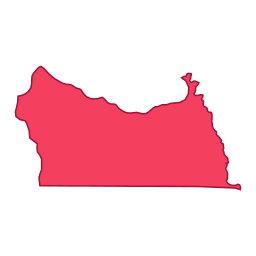 an SVG outline of Kolda
{"feature_id": "SEN-774", "entity_name": "Kolda", "entity_type": "Region", "adm_level": 1, "iso_a3": "SEN", "parent_name": "Senegal", "parent_adm1": "", "projection": "natural_earth1", "projection_center": [-14.005, 13.12], "detail": "fine", "context": "isolated", "style": "filled", "palette": "rose", "viewbox_px": 256, "rotation_deg": 0, "n_neighbors": 0, "source": "natural_earth", "source_scale": "10m", "svg_char_len": 3076}
<svg xmlns="http://www.w3.org/2000/svg" viewBox="0 0 256 256"><path d="M240.3,189.6L235.2,188.0L198.9,186.5L159.2,186.3L130.0,186.2L119.4,186.1L79.6,185.9L70.6,185.9L39.9,185.7L39.0,177.7L40.0,173.9L41.6,169.6L41.6,163.5L41.6,158.9L39.7,155.0L37.4,151.9L37.0,147.3L37.4,143.9L33.4,140.8L29.8,138.1L29.5,135.0L29.2,130.8L26.9,123.9L25.2,120.8L20.0,119.6L16.0,116.5L15.4,111.9L16.7,106.9L17.7,101.9L18.0,96.2L21.6,95.4L25.3,93.9L28.5,91.4L30.8,88.0L31.5,84.4L32.0,76.3L33.5,73.3L36.1,70.3L38.4,67.6L41.0,66.4L44.1,68.7L49.1,74.1L54.6,78.7L62.0,83.0L65.8,84.2L70.1,84.6L71.8,85.1L75.5,87.7L77.6,88.5L79.9,89.0L81.1,89.9L83.3,93.5L86.5,96.7L90.2,98.5L94.3,99.0L98.4,98.5L102.1,97.4L103.4,98.0L106.6,101.4L107.6,102.5L109.1,103.4L110.7,104.0L114.2,104.1L115.7,104.6L117.0,106.1L117.8,107.4L118.9,108.5L120.1,109.4L124.2,111.9L127.1,112.8L130.1,113.1L136.5,112.4L142.6,113.8L145.8,113.6L148.3,112.2L153.7,107.6L155.4,106.7L157.3,106.8L162.1,104.8L166.6,104.7L171.1,103.3L179.6,102.5L185.2,99.7L188.3,94.1L188.8,87.4L186.1,81.2L185.0,80.2L182.4,78.5L181.6,77.7L183.1,76.9L184.1,76.4L185.4,76.3L186.0,76.2L186.4,75.7L186.6,75.1L186.8,74.4L187.1,73.9L187.6,73.5L188.1,73.4L189.3,73.5L190.5,73.5L191.1,73.7L191.4,74.2L191.3,75.0L190.8,76.3L190.8,77.6L190.8,78.0L190.7,78.2L190.3,78.9L190.0,79.4L189.7,80.0L189.7,80.8L190.0,81.5L190.8,82.2L191.5,82.3L192.1,82.2L193.0,81.5L193.6,81.2L194.3,81.1L194.9,81.1L195.5,81.3L197.2,82.0L198.4,82.4L198.8,82.6L198.9,82.9L198.6,83.6L198.3,84.2L196.2,86.4L195.9,87.0L195.7,87.6L195.6,88.3L195.5,89.0L195.6,89.8L195.6,90.6L195.4,91.3L195.1,91.9L194.8,92.4L194.4,92.9L194.1,93.4L194.0,94.0L194.2,94.6L194.9,95.1L195.6,95.3L196.4,95.4L197.1,95.4L197.8,95.4L200.5,94.8L202.0,94.7L202.6,94.9L203.0,95.4L202.9,96.2L202.7,96.9L201.7,98.5L201.6,99.0L201.8,99.6L202.4,100.1L203.0,100.5L203.4,101.1L203.5,102.2L203.4,103.0L203.1,104.4L203.2,105.2L203.6,105.9L204.7,106.8L206.3,107.4L206.8,107.9L207.1,108.5L207.3,109.6L207.5,110.6L207.9,111.4L208.7,112.1L209.4,112.2L210.7,112.2L211.3,112.6L211.6,113.2L211.9,114.1L212.0,116.9L211.9,117.9L211.9,119.9L211.7,120.7L211.7,121.4L211.7,122.2L212.2,123.3L212.3,125.4L212.5,126.6L213.3,128.6L214.8,130.5L215.5,131.1L216.0,131.4L216.5,131.9L216.5,132.8L216.4,133.6L216.4,134.4L216.6,135.0L218.4,136.3L219.6,137.8L220.4,139.0L221.2,139.9L221.5,140.4L221.3,141.2L221.0,141.8L220.9,142.4L221.1,142.9L221.8,143.2L222.5,143.4L223.0,143.7L223.2,144.2L223.7,148.3L223.5,149.0L223.1,149.5L223.0,150.1L223.2,150.8L223.8,151.7L224.1,153.8L224.5,154.8L225.6,156.2L227.1,157.4L227.6,157.9L228.0,161.0L228.5,162.0L228.3,162.8L227.8,163.1L227.2,163.1L226.6,163.0L226.2,163.2L226.3,163.6L226.8,164.1L227.1,164.6L227.1,165.4L226.8,165.9L226.2,167.0L225.9,167.7L225.8,168.3L225.8,169.1L226.1,170.0L226.9,171.0L227.2,172.2L227.5,173.0L227.6,173.8L227.4,178.6L227.2,179.3L226.6,180.4L226.5,181.1L226.7,181.9L227.5,183.0L228.3,183.7L229.8,184.6L231.0,185.1L232.4,185.3L235.0,185.4L236.2,185.1L237.0,184.7L237.6,184.4L238.3,184.3L239.7,185.0L240.6,187.6L240.3,189.6L240.3,189.6Z" fill="#f43f5e" stroke="#9f1239" stroke-width="1.5"/></svg>